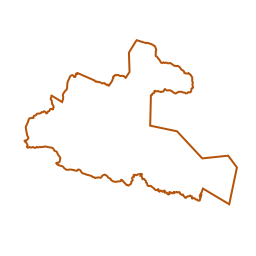 Karimui/Nomane District, Chimbu, Papua New Guinea, rotated 354°
{"feature_id": "67681753B62109330711347", "entity_name": "Karimui/Nomane District", "entity_type": "district", "adm_level": 2, "iso_a3": "PNG", "parent_name": "Papua New Guinea", "parent_adm1": "Chimbu", "projection": "robinson", "projection_center": [144.808, -6.532], "detail": "fine", "context": "isolated", "style": "outline", "palette": "amber", "viewbox_px": 256, "rotation_deg": 354, "n_neighbors": 0, "source": "geoboundaries", "source_scale": "gbopen_adm2", "svg_char_len": 5791}
<svg xmlns="http://www.w3.org/2000/svg" viewBox="0 0 256 256"><g transform="rotate(354 128 128)"><path d="M54.8,87.3L55.3,88.2L55.3,88.6L54.3,90.4L54.2,91.4L54.4,91.9L55.0,92.7L55.1,96.3L56.0,98.0L56.3,99.2L56.3,99.6L55.7,100.3L55.4,101.5L54.8,101.6L53.9,101.0L52.8,101.0L52.4,101.3L51.5,102.9L50.6,103.0L49.7,103.8L49.3,104.6L48.7,104.9L48.4,104.9L48.0,104.5L47.8,103.8L46.8,102.8L46.5,102.6L45.8,102.8L44.9,103.4L44.4,103.4L43.8,103.2L42.5,104.2L40.9,104.4L39.4,104.2L38.8,104.4L38.0,105.4L37.3,105.9L36.1,105.9L35.8,106.1L35.4,106.7L35.2,107.0L35.2,107.6L34.9,108.1L34.5,108.2L33.6,107.8L32.8,108.0L31.4,108.0L31.0,108.1L30.4,108.8L28.5,112.7L26.8,115.5L26.4,116.8L26.4,118.1L26.9,124.0L27.1,125.2L27.8,126.7L27.9,127.4L27.8,127.9L25.8,129.6L24.4,129.7L23.8,130.1L24.1,130.8L24.7,131.1L25.3,131.7L25.6,132.8L26.1,133.6L26.3,134.6L25.6,135.8L25.6,136.4L26.1,137.1L26.7,137.1L28.1,136.6L29.5,137.3L30.3,137.3L31.1,137.0L31.6,137.0L32.7,137.8L33.3,138.0L34.3,137.9L35.0,137.3L35.4,137.3L36.5,137.9L38.6,137.7L39.0,137.9L40.9,137.9L42.1,138.0L43.3,137.6L44.4,137.9L46.2,138.6L50.2,139.6L51.1,140.2L51.8,141.1L52.2,142.4L52.4,142.8L54.1,143.8L54.6,144.2L55.0,145.1L55.2,146.1L56.0,148.0L56.8,149.0L57.4,150.3L57.5,151.0L57.3,151.7L57.0,152.6L56.8,153.6L56.5,154.3L55.5,155.1L55.0,155.3L53.5,155.1L53.0,155.5L53.9,156.9L55.3,157.8L59.1,159.4L60.2,161.0L61.4,162.3L62.7,163.2L63.6,163.3L65.3,163.2L66.8,163.3L72.4,165.2L72.7,165.2L73.2,164.9L73.7,164.3L74.2,164.1L75.3,164.4L76.0,164.9L77.3,167.5L78.1,168.3L80.6,169.3L81.8,170.0L86.3,171.7L87.3,172.5L87.9,173.1L89.0,173.4L89.5,173.7L90.0,174.3L92.0,174.1L94.0,174.1L95.1,174.6L95.6,174.6L96.3,174.2L97.5,172.7L98.0,172.5L99.6,172.0L100.4,172.1L102.3,173.7L103.3,175.5L105.1,176.5L105.4,176.8L105.5,177.6L105.7,178.0L107.8,179.6L110.0,180.3L111.8,180.1L114.9,180.2L115.3,180.0L115.5,179.2L115.9,178.8L116.6,179.2L117.6,180.3L118.2,181.5L119.7,183.1L120.2,184.1L120.4,184.4L121.5,184.6L122.0,185.1L122.7,185.3L123.7,184.5L124.8,184.1L125.4,183.3L125.6,181.9L127.2,180.4L127.2,179.7L126.8,178.8L126.9,178.1L127.2,177.6L127.5,177.4L128.4,177.4L128.9,177.1L128.9,176.5L128.6,175.5L129.0,175.2L129.5,175.2L130.1,175.4L130.5,175.4L131.2,175.8L131.7,175.7L133.1,175.2L136.4,175.0L136.8,175.2L137.0,175.6L136.6,176.0L135.7,176.4L135.5,176.6L135.4,176.9L136.2,177.0L136.5,177.2L136.9,179.2L136.9,180.0L137.2,180.4L137.4,180.5L138.1,180.2L138.5,180.2L138.9,180.6L139.2,181.3L140.2,182.4L140.2,183.9L140.5,184.4L141.1,184.8L141.3,186.8L141.6,187.4L142.1,187.7L143.0,187.7L143.6,188.0L144.6,188.0L146.5,189.9L147.2,190.4L148.0,191.6L149.0,192.6L149.9,192.8L150.7,192.6L151.3,192.1L151.8,192.1L151.9,192.8L151.7,193.9L152.6,194.6L153.1,194.4L153.6,193.8L154.1,193.7L154.8,193.9L155.6,194.9L156.1,195.1L156.5,194.9L157.2,194.1L157.8,194.1L158.1,194.5L157.8,195.7L158.0,196.2L159.3,196.1L159.9,196.5L160.5,197.9L161.1,198.3L161.6,198.2L162.4,198.0L162.5,197.5L162.2,196.9L162.2,196.5L162.5,196.1L162.9,196.1L165.7,197.7L165.9,197.6L166.3,197.2L166.8,196.4L167.0,196.4L167.3,196.8L167.5,197.3L168.2,196.8L169.3,197.0L169.6,196.7L169.9,196.7L170.5,197.3L172.2,197.1L172.5,197.2L172.9,198.0L172.8,198.5L173.2,199.3L174.2,199.7L174.8,200.3L175.5,199.9L175.9,200.3L176.2,201.3L176.7,202.2L177.6,203.3L178.2,203.5L178.8,202.7L179.5,202.7L180.2,202.3L181.7,202.1L182.8,201.8L183.4,202.5L183.8,202.5L184.3,202.7L184.4,203.1L184.2,204.5L184.4,204.8L184.8,204.9L185.3,204.4L186.9,204.9L187.9,206.2L188.7,206.4L189.4,206.4L190.0,207.4L190.9,207.7L191.8,207.5L192.1,206.6L192.6,205.6L192.4,204.8L193.1,204.5L193.3,203.9L193.1,203.7L192.5,203.4L192.3,203.2L192.4,202.5L192.7,202.2L193.0,202.2L193.4,202.9L193.7,202.9L193.9,202.6L194.0,201.9L193.6,201.3L193.5,200.8L194.6,199.7L195.1,198.3L196.2,196.1L220.7,214.4L232.2,178.6L224.7,166.0L198.7,166.0L176.4,136.4L150.3,128.0L154.2,97.9L155.0,97.8L155.7,96.7L156.3,96.1L157.3,96.1L157.8,95.6L158.0,94.5L158.3,93.9L159.0,93.9L159.7,94.4L160.4,94.6L161.7,94.4L162.8,95.0L163.6,95.2L164.4,95.7L165.7,95.4L167.0,95.4L168.6,93.2L168.9,93.2L169.5,94.0L171.3,94.9L173.1,94.7L174.0,95.0L174.9,95.7L175.6,96.0L176.5,97.1L178.6,98.6L179.8,98.4L181.8,97.3L185.3,97.6L186.1,98.3L187.2,98.6L188.1,98.7L188.6,99.3L189.3,99.7L189.9,99.6L190.8,99.4L191.3,98.8L192.2,98.8L193.3,99.1L193.7,99.0L194.0,98.8L194.7,97.7L195.1,96.7L195.1,95.9L195.2,95.6L195.6,95.2L196.5,95.0L196.9,94.5L196.7,92.6L196.6,91.6L197.2,89.8L196.8,88.0L196.8,87.2L197.0,86.7L197.0,85.3L197.2,84.5L195.8,81.6L193.8,79.7L193.3,80.2L192.6,80.1L189.9,79.3L189.8,78.3L189.1,76.9L188.4,76.3L187.7,76.0L186.3,74.0L186.1,73.4L185.7,72.8L184.4,71.7L183.8,71.4L183.1,71.5L180.8,71.1L176.9,67.8L174.7,67.9L174.1,67.7L173.3,67.1L172.4,66.9L171.4,67.2L170.2,66.4L169.6,66.8L168.4,66.9L167.8,66.5L166.1,63.0L165.3,62.1L164.8,60.9L164.2,60.1L163.3,59.5L163.1,59.0L163.2,57.9L163.6,55.5L163.5,55.0L164.1,54.0L164.1,52.3L163.4,49.8L163.0,49.1L162.3,48.8L161.3,47.8L160.4,47.4L159.4,46.6L157.9,46.3L157.3,45.7L156.5,45.4L155.8,45.5L155.4,45.3L154.7,45.4L145.8,41.6L144.5,43.1L136.8,53.1L135.4,72.4L131.0,77.8L130.5,77.5L129.6,76.3L128.4,75.6L125.4,75.4L123.8,74.2L123.0,74.1L121.8,74.3L121.2,73.9L120.8,74.0L120.0,74.7L119.5,74.8L118.4,75.7L118.5,76.1L118.8,76.3L118.7,76.7L117.8,77.9L117.2,79.4L116.3,80.5L115.9,80.9L115.6,81.5L114.5,82.5L114.1,83.2L113.7,83.4L113.4,83.9L112.9,83.8L112.3,82.8L111.5,82.9L111.3,82.6L110.2,82.2L109.5,81.1L109.0,80.8L107.2,81.0L104.3,79.2L103.0,79.3L102.0,78.5L101.4,78.6L101.1,78.4L100.8,78.5L100.3,78.2L99.8,77.3L83.8,68.2L83.5,68.9L83.2,69.1L82.9,69.1L82.3,68.4L81.8,68.8L81.1,71.3L80.8,71.7L80.4,71.8L79.9,71.7L78.8,69.9L78.4,69.7L77.3,69.7L76.6,70.0L75.7,70.8L72.7,76.1L72.2,78.2L71.7,81.4L71.2,82.9L70.4,83.9L69.1,84.8L67.1,87.3L66.8,87.9L66.6,88.4L66.8,90.7L66.4,92.4L65.2,95.3L54.8,87.3Z" fill="none" stroke="#b45309" stroke-width="2"/></g></svg>